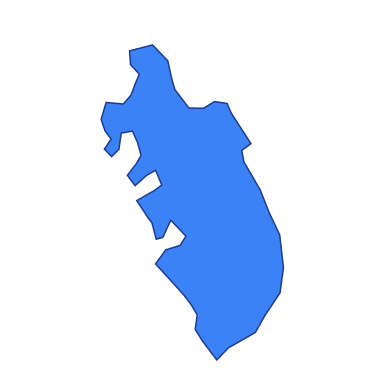 the district of Dong-gu [East District], Ulsan, South Korea, rotated 143°
{"feature_id": "91817680B33034423068968", "entity_name": "Dong-gu [East District]", "entity_type": "district", "adm_level": 2, "iso_a3": "KOR", "parent_name": "South Korea", "parent_adm1": "Ulsan", "projection": "natural_earth1", "projection_center": [129.43, 35.518], "detail": "fine", "context": "isolated", "style": "filled", "palette": "blue", "viewbox_px": 384, "rotation_deg": 143, "n_neighbors": 0, "source": "geoboundaries", "source_scale": "gbopen_adm2", "svg_char_len": 906}
<svg xmlns="http://www.w3.org/2000/svg" viewBox="0 0 384 384"><g transform="rotate(143 192 192)"><path d="M115.8,195.2L113.2,231.3L110.7,241.6L119.6,250.7L132.4,251.9L144.0,261.0L144.0,284.2L140.1,294.5L132.4,311.3L135.0,333.2L156.8,342.3L164.5,330.7L163.2,317.8L172.2,312.6L182.4,306.1L193.9,303.6L206.7,315.2L220.8,304.8L224.7,293.2L224.7,282.9L236.2,279.0L234.9,268.7L224.7,270.0L213.1,281.6L202.9,276.5L205.5,264.8L210.6,251.9L219.5,248.1L233.6,244.2L233.6,231.3L218.3,232.6L208.0,231.3L211.9,215.8L220.8,215.8L241.3,218.4L242.6,197.8L242.6,191.3L249.0,175.8L242.6,173.3L225.9,182.3L223.4,160.4L233.6,156.5L247.7,161.6L264.4,156.5L261.8,129.4L260.5,113.9L260.5,102.3L261.8,90.7L272.1,80.4L273.3,67.5L273.3,43.0L256.7,45.6L225.9,41.7L208.0,49.5L182.4,58.5L164.5,76.5L147.8,104.9L142.7,129.4L136.3,152.6L132.4,184.9L127.3,195.2L115.8,195.2Z" fill="#3b82f6" stroke="#1e3a8a" stroke-width="1.5"/></g></svg>